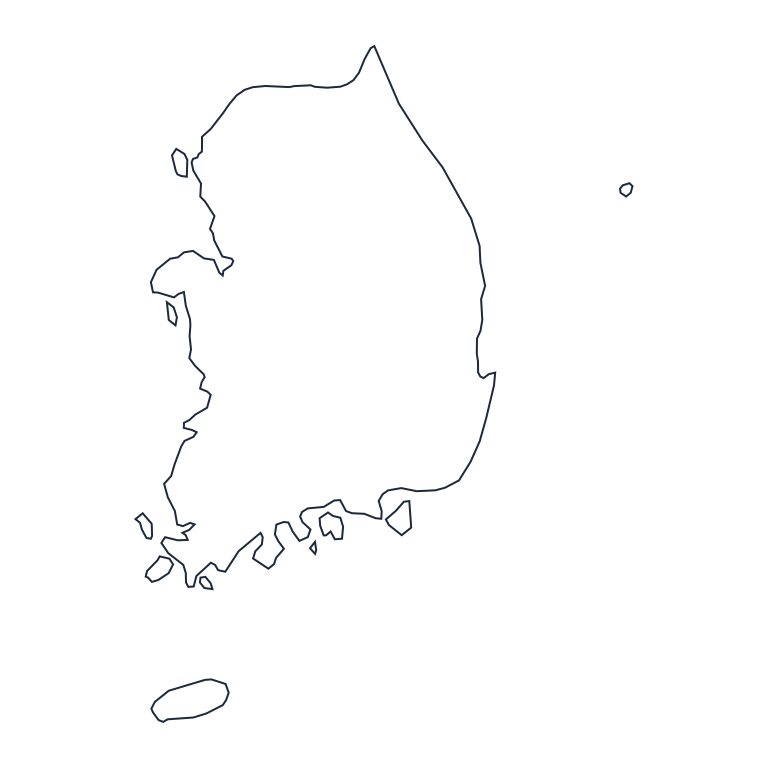 SVG path tracing the border of South Korea
{"feature_id": "KOR", "entity_name": "South Korea", "entity_type": "country or territory", "adm_level": 0, "iso_a3": "KOR", "parent_name": "Asia", "parent_adm1": "", "projection": "mercator", "projection_center": [127.333, 35.912], "detail": "fine", "context": "isolated", "style": "outline", "palette": "slate", "viewbox_px": 768, "rotation_deg": 0, "n_neighbors": 0, "source": "natural_earth", "source_scale": "50m", "svg_char_len": 3241}
<svg xmlns="http://www.w3.org/2000/svg" viewBox="0 0 768 768"><path d="M198.7,154.1L201.8,151.7L202.0,148.2L202.0,136.8L210.8,128.9L223.4,112.6L229.6,103.7L236.6,95.4L244.7,89.8L252.7,87.2L265.3,86.0L289.4,87.1L294.1,86.1L310.8,85.3L314.8,86.8L326.9,87.7L340.4,86.7L347.2,84.2L353.5,80.1L359.0,72.7L364.7,58.9L370.7,48.1L374.3,46.1L398.9,103.7L422.5,140.7L442.6,167.4L471.2,218.6L479.6,245.9L480.4,262.8L485.1,285.9L481.1,299.2L482.3,320.0L480.5,330.7L477.0,338.6L476.8,353.6L478.0,361.7L478.1,372.4L480.3,376.5L483.6,378.1L488.8,374.2L495.2,372.6L494.0,385.4L486.3,417.8L479.7,441.3L470.6,461.7L459.0,480.4L445.1,487.7L435.4,490.3L416.8,491.2L401.3,488.1L388.0,490.4L382.7,494.2L378.7,500.9L381.7,511.2L381.3,518.8L375.6,518.2L364.3,513.8L351.9,513.2L346.0,511.0L340.2,500.1L334.2,500.5L323.7,506.9L307.7,508.4L302.1,511.9L300.1,516.4L302.5,522.1L310.5,529.5L307.8,537.1L299.4,540.9L292.7,531.6L288.4,522.5L283.7,522.0L276.4,524.6L274.9,534.4L278.3,541.1L283.9,548.8L276.1,557.8L274.0,564.1L268.4,568.7L253.1,558.5L255.3,551.3L261.9,544.4L262.7,537.2L260.5,532.9L238.7,551.1L225.3,571.7L218.1,570.2L215.1,564.9L210.9,562.7L196.4,576.0L193.7,586.5L188.4,586.9L186.0,582.5L185.8,573.0L183.3,564.9L168.3,553.2L161.4,543.0L165.1,537.2L177.7,540.3L187.7,539.9L185.7,535.1L182.4,532.8L189.1,530.0L194.6,524.4L190.0,522.9L183.0,526.1L177.2,524.5L174.9,511.1L167.8,497.2L164.1,483.8L171.1,476.1L174.7,464.0L181.2,446.5L184.5,440.9L193.5,436.8L196.7,432.2L191.7,429.9L183.8,427.9L184.0,422.8L189.4,420.0L195.4,414.5L207.1,407.7L210.7,394.8L207.3,391.6L200.1,388.6L201.7,382.1L204.7,377.1L203.6,374.2L195.0,365.8L189.3,358.1L191.0,349.4L189.6,336.2L190.4,325.2L190.0,319.1L185.8,305.6L183.9,292.0L178.4,294.0L174.0,297.4L158.0,292.6L153.0,292.3L150.9,282.2L156.6,269.7L170.2,258.7L178.0,257.3L183.9,252.4L193.0,250.9L204.0,258.4L213.9,259.9L219.4,272.8L222.7,275.5L223.4,270.8L231.4,265.2L233.3,261.0L231.6,258.7L222.4,256.5L214.2,240.4L213.0,233.4L210.0,228.9L214.5,216.1L205.0,201.4L200.3,196.7L201.0,183.5L196.0,175.1L193.3,170.5L191.6,162.5L193.0,158.9L197.4,157.5L198.7,154.1ZM167.7,719.3L163.2,721.9L159.0,720.3L157.8,719.1L152.8,712.1L151.4,708.6L154.9,701.8L168.8,690.7L204.9,679.9L211.4,679.4L225.6,684.0L228.7,692.7L226.1,700.1L222.8,705.1L206.3,713.5L193.4,717.5L167.7,719.3ZM411.2,527.6L401.7,535.2L388.9,525.0L385.9,519.4L395.6,511.1L403.9,501.7L409.3,501.1L411.2,527.6ZM343.1,526.7L342.0,538.7L334.9,539.3L330.6,531.5L326.1,535.3L323.7,535.4L320.2,525.8L319.6,518.2L328.0,512.5L333.0,516.0L340.3,517.7L343.1,526.7ZM158.3,580.0L151.9,581.9L148.2,577.7L145.7,576.6L147.1,571.0L157.6,560.2L159.7,556.4L169.4,558.7L173.1,564.4L168.6,573.2L158.3,580.0ZM187.3,159.9L186.8,176.7L181.2,176.0L177.4,174.3L175.8,171.0L172.0,155.4L176.3,148.9L184.5,154.0L187.3,159.9ZM152.1,535.9L150.8,538.8L146.4,537.9L141.9,529.5L140.0,522.8L135.5,519.1L142.7,513.3L151.7,523.8L152.1,535.9ZM176.9,317.3L175.5,325.4L168.8,320.0L166.9,302.2L173.7,307.4L176.9,317.3ZM630.7,192.8L626.1,196.5L620.6,192.8L620.0,188.8L622.8,185.3L629.4,183.2L632.5,186.2L630.7,192.8ZM210.7,583.3L212.4,589.1L204.3,588.0L199.9,582.4L200.5,577.6L205.4,576.9L210.7,583.3ZM316.2,550.1L315.1,553.9L310.0,548.2L315.0,541.9L316.2,550.1Z" fill="none" stroke="#1e293b" stroke-width="2"/></svg>